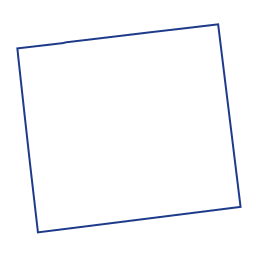 Rockwall, Texas, United States of America (Robinson projection), rotated 353°
{"feature_id": "52423323B26615713613896", "entity_name": "Rockwall", "entity_type": "district", "adm_level": 2, "iso_a3": "USA", "parent_name": "United States of America", "parent_adm1": "Texas", "projection": "robinson", "projection_center": [-96.442, 32.898], "detail": "fine", "context": "isolated", "style": "outline", "palette": "blue", "viewbox_px": 256, "rotation_deg": 353, "n_neighbors": 0, "source": "geoboundaries", "source_scale": "gbopen_adm2", "svg_char_len": 295}
<svg xmlns="http://www.w3.org/2000/svg" viewBox="0 0 256 256"><g transform="rotate(353 128 128)"><path d="M27.9,35.5L27.7,45.0L26.9,106.9L26.4,151.7L25.9,220.6L230.1,220.0L230.1,189.8L230.1,36.1L162.4,35.7L76.8,35.4L74.0,35.8L27.9,35.5Z" fill="none" stroke="#1e3a8a" stroke-width="2"/></g></svg>